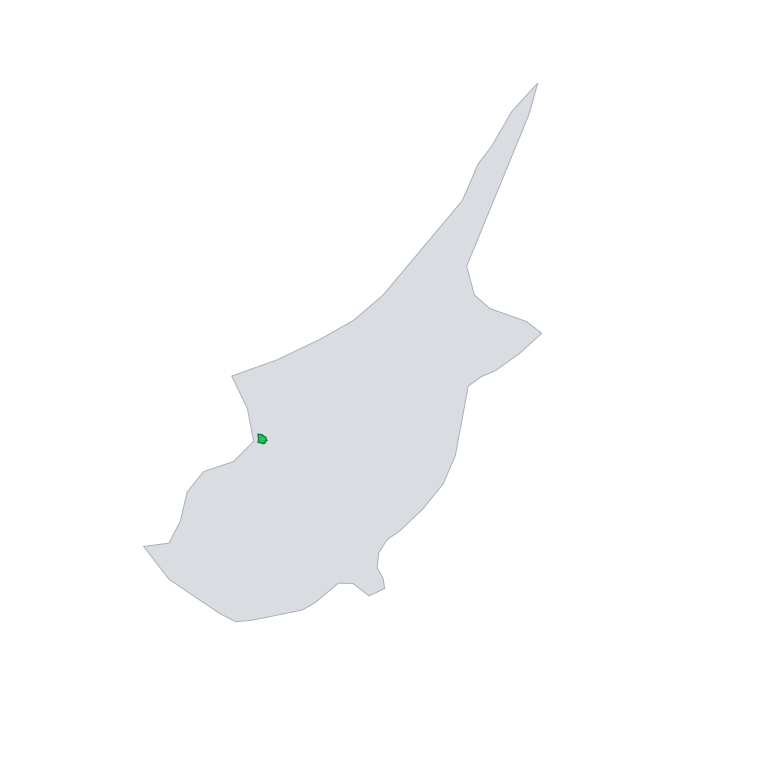 Kazivera, Cyprus (highlighted), rotated 328°
{"feature_id": "46923920B14139084564412", "entity_name": "Kazivera", "entity_type": "district", "adm_level": 2, "iso_a3": "CYP", "parent_name": "Cyprus", "parent_adm1": "", "projection": "natural_earth1", "projection_center": [32.913, 35.174], "detail": "fine", "context": "in_parent", "style": "filled", "palette": "green", "viewbox_px": 768, "rotation_deg": 328, "n_neighbors": 0, "source": "geoboundaries", "source_scale": "gbopen_adm2", "svg_char_len": 1407}
<svg xmlns="http://www.w3.org/2000/svg" viewBox="0 0 768 768"><g transform="rotate(328 384 384)"><path d="M537.7,406.3L544.6,424.5L515.4,429.9L486.0,431.7L469.6,429.3L454.3,430.4L406.7,482.4L381.1,500.1L350.6,510.6L319.6,516.9L303.9,517.7L290.2,524.3L280.6,536.4L280.3,548.1L276.2,557.8L259.1,555.8L252.0,536.8L239.9,528.7L209.7,532.9L195.0,532.4L146.7,514.3L132.1,506.9L123.0,491.5L98.2,435.7L94.1,394.4L117.3,405.0L138.9,392.2L159.8,371.3L184.6,362.7L200.2,366.4L215.5,370.0L243.2,363.4L255.2,332.3L259.1,296.6L305.8,306.8L353.3,312.2L392.1,313.9L430.4,308.1L547.5,270.0L580.6,247.2L601.1,239.5L636.7,220.6L673.9,210.2L650.1,232.0L516.5,327.9L507.8,356.4L513.8,376.1L532.8,400.1L537.7,406.3Z" fill="#d9dde1" stroke="#a8b0b8" stroke-width="1"/><path d="M250.3,370.6L250.7,370.6L250.9,370.7L251.1,370.7L251.4,370.1L251.9,370.7L252.0,370.3L252.4,370.2L252.7,369.9L252.9,369.6L253.3,369.7L253.7,369.7L254.1,369.9L254.7,369.9L254.6,369.2L254.9,368.7L255.1,368.3L255.0,367.6L255.3,367.3L255.3,366.6L255.0,365.7L254.5,365.2L254.4,364.6L254.3,363.9L253.9,363.7L253.7,362.4L253.3,362.2L252.8,362.1L252.7,361.5L252.2,361.2L251.6,360.7L251.2,360.4L250.8,360.1L250.5,359.9L250.1,361.0L249.4,362.3L248.7,363.7L247.9,365.1L246.9,366.2L246.4,366.6L246.8,367.3L247.6,367.7L248.1,368.1L248.7,368.7L248.7,369.1L249.2,369.7L249.4,370.1L250.0,370.3L250.3,370.6Z" fill="#22c55e" stroke="#15803d" stroke-width="1.5"/></g></svg>